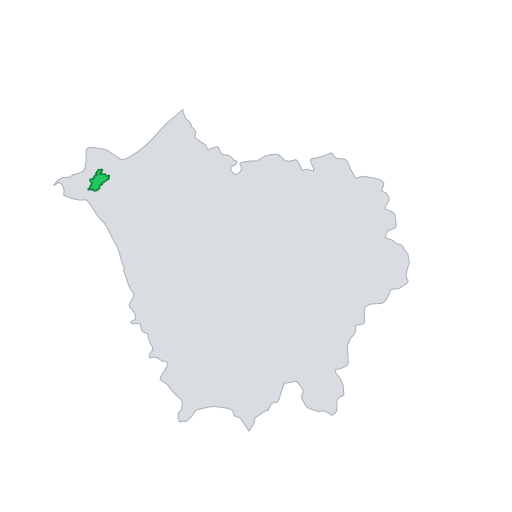 Zhabinka, Brest, Belarus (highlighted), rotated 61°
{"feature_id": "67162791B54933494059720", "entity_name": "Zhabinka", "entity_type": "district", "adm_level": 2, "iso_a3": "BLR", "parent_name": "Belarus", "parent_adm1": "Brest", "projection": "albers", "projection_center": [24.06, 52.177], "detail": "fine", "context": "in_parent", "style": "filled", "palette": "green", "viewbox_px": 512, "rotation_deg": 61, "n_neighbors": 0, "source": "geoboundaries", "source_scale": "gbopen_adm2", "svg_char_len": 7153}
<svg xmlns="http://www.w3.org/2000/svg" viewBox="0 0 512 512"><g transform="rotate(61 256 256)"><path d="M405.6,347.2L398.4,347.5L389.8,348.5L385.3,352.4L379.9,351.3L376.3,353.5L368.6,363.6L365.7,368.9L363.3,376.9L361.8,382.8L363.2,386.7L365.2,390.3L365.9,394.2L367.0,397.3L365.1,399.8L364.1,403.2L360.4,402.9L355.6,400.2L354.3,395.7L350.6,392.8L348.2,391.3L344.5,391.4L338.6,393.4L330.9,395.1L325.1,395.9L322.0,397.7L317.4,399.7L315.4,397.9L312.4,392.9L309.9,387.9L308.2,385.8L306.9,385.2L305.3,385.5L303.6,387.2L302.4,389.0L297.6,391.3L295.5,393.3L293.5,398.2L291.9,397.9L290.2,396.9L288.0,391.8L285.3,390.7L281.2,390.9L276.0,390.0L271.8,388.7L270.3,389.1L268.0,391.5L265.3,392.0L259.4,390.3L258.3,391.3L255.2,397.3L253.6,397.7L252.7,397.0L252.9,391.9L249.5,390.2L243.7,390.2L239.7,391.2L237.8,391.1L236.7,390.1L231.4,381.8L228.8,381.3L224.2,381.9L217.3,381.2L209.3,379.5L205.0,379.0L202.6,377.1L197.8,376.6L184.6,373.4L179.3,372.9L171.5,373.0L159.5,372.4L151.9,373.0L148.3,374.2L144.2,375.0L130.1,376.1L125.0,377.1L123.6,378.9L121.9,382.8L116.0,389.7L110.3,394.2L109.3,394.6L106.0,392.2L103.2,391.4L99.9,391.1L97.6,391.8L96.1,393.0L96.3,398.2L96.0,398.7L93.5,392.4L93.7,386.8L95.2,383.6L96.9,380.7L96.2,376.3L97.9,370.6L98.0,366.4L97.3,364.6L95.9,362.5L92.3,360.2L90.7,358.4L85.7,355.9L80.8,352.8L80.0,351.0L80.2,349.7L81.1,347.8L84.9,342.3L89.1,336.9L91.7,334.7L105.4,327.8L107.5,325.4L108.1,321.3L107.9,313.0L107.0,305.4L106.0,300.1L103.5,290.3L96.6,270.0L92.5,248.9L95.2,250.2L101.6,250.7L106.6,249.2L109.3,249.0L111.6,249.5L118.3,248.3L119.9,250.2L122.9,251.9L128.7,249.4L133.9,246.4L139.2,246.7L140.0,245.2L141.2,237.8L142.8,236.1L149.2,236.8L151.6,235.4L154.0,231.7L157.7,229.4L160.9,229.3L164.1,226.7L165.7,228.4L166.6,231.4L165.5,233.9L166.0,234.9L168.3,236.0L172.2,235.9L174.7,234.8L175.2,233.4L175.2,230.9L174.5,228.5L172.8,226.5L169.7,225.5L167.5,225.5L167.1,224.2L167.8,221.4L169.6,216.2L171.8,211.5L173.2,209.7L173.4,208.1L173.1,205.3L172.9,200.2L174.8,193.0L177.5,187.7L181.2,185.8L185.7,184.8L188.6,182.2L189.9,179.2L191.0,174.6L192.5,173.6L203.4,173.9L204.9,169.2L205.8,167.9L207.9,166.5L209.3,164.8L208.7,163.6L205.9,162.9L199.3,162.4L197.9,160.9L198.3,159.1L199.9,154.3L201.3,148.2L202.0,143.5L202.0,140.7L202.9,139.9L208.2,138.9L209.9,137.9L214.2,131.3L217.6,130.1L226.6,131.3L230.7,131.0L235.9,131.2L236.4,130.5L237.9,124.1L246.2,113.5L250.7,109.8L253.6,108.8L254.6,109.0L259.6,114.0L260.8,114.2L263.8,111.7L269.2,111.2L271.8,112.9L275.8,119.3L277.7,119.9L282.8,115.9L285.6,114.5L287.5,114.4L297.8,118.8L298.7,120.3L298.9,122.3L297.8,128.3L300.1,131.8L302.7,134.1L307.6,129.6L309.4,128.4L311.4,128.2L314.1,126.4L315.9,124.0L317.8,123.0L321.5,123.3L328.0,122.2L336.1,125.1L336.8,126.1L341.1,130.0L342.6,132.0L344.0,132.5L346.2,134.4L349.1,135.4L351.0,134.8L352.0,135.4L353.0,137.0L353.3,139.7L353.8,147.6L351.4,152.0L351.1,153.5L351.4,155.2L354.0,158.4L357.3,163.4L358.3,166.4L358.5,168.7L355.2,175.8L354.1,177.5L353.5,180.9L353.3,184.3L353.7,185.7L360.8,190.4L366.0,192.9L367.2,194.2L367.4,195.1L365.4,201.1L365.3,202.7L369.4,204.7L372.0,208.2L374.5,214.2L378.9,219.7L393.8,226.9L395.2,228.3L395.8,230.1L395.8,234.2L394.0,242.1L396.6,243.0L402.8,242.0L410.4,242.1L420.1,246.5L420.4,248.9L419.8,251.2L420.7,253.5L421.9,255.4L430.5,260.5L431.5,262.2L432.0,265.1L432.0,267.3L429.9,268.0L427.5,269.3L423.9,272.4L422.7,276.2L416.8,282.0L413.1,284.7L409.9,285.2L402.2,285.0L399.2,282.8L397.9,280.6L394.8,279.9L391.0,280.2L385.7,281.1L384.6,282.0L384.0,284.9L382.2,289.9L380.9,292.8L388.7,301.6L392.5,305.2L393.9,307.5L394.0,309.2L392.6,311.4L393.2,315.4L397.1,320.4L396.1,321.3L396.4,327.9L397.2,334.9L398.3,336.5L400.2,337.7L402.0,340.1L405.2,345.7L405.6,347.2Z" fill="#d9dde1" stroke="#a8b0b8" stroke-width="1"/><path d="M114.8,367.5L115.0,367.8L115.2,368.0L115.4,368.2L115.6,368.4L115.8,368.7L115.9,368.8L115.9,369.1L116.0,369.3L116.0,369.6L116.0,369.8L116.1,370.1L116.2,370.3L116.4,370.5L116.6,370.6L116.8,370.5L117.0,370.4L117.0,370.1L116.9,370.0L116.8,369.8L116.6,369.6L116.6,369.4L116.6,369.1L116.8,368.9L117.2,368.6L117.5,368.6L117.9,368.5L118.0,368.4L118.0,368.2L117.8,368.1L117.7,368.0L117.6,367.9L117.6,367.7L117.6,367.4L117.8,367.1L118.1,366.9L118.4,366.8L118.5,366.8L118.9,366.9L119.2,367.0L119.4,366.8L119.4,366.6L119.6,366.5L119.7,366.4L119.8,366.2L119.9,365.9L120.1,365.9L120.3,365.8L120.6,365.8L120.8,365.7L121.1,365.3L121.1,365.0L121.1,364.7L121.2,364.3L121.3,364.2L121.5,363.9L121.5,363.6L121.4,363.4L121.1,363.2L120.9,363.0L120.9,362.8L121.1,362.6L121.4,362.4L121.5,362.2L121.4,361.9L121.2,361.8L121.1,361.6L120.9,361.4L121.0,361.0L121.1,360.8L121.1,360.4L121.0,360.2L120.9,360.0L120.9,359.8L120.7,359.7L120.0,359.6L119.8,359.6L119.6,359.3L119.2,359.0L119.0,358.8L118.9,358.6L118.7,358.3L118.4,358.1L118.4,357.8L118.5,357.4L118.7,357.1L118.8,357.0L119.0,356.8L119.0,356.7L119.0,356.4L119.1,356.2L118.9,355.8L118.7,355.7L118.4,355.7L118.2,355.7L117.9,355.4L117.9,355.1L117.8,354.9L117.7,354.3L117.6,352.8L117.5,351.8L117.5,351.0L117.5,350.7L117.5,350.4L117.4,350.1L117.3,349.7L117.3,349.4L117.3,349.1L117.3,348.9L117.1,348.8L117.1,348.6L117.1,348.4L117.2,348.2L117.4,348.0L117.4,347.6L117.3,347.4L117.1,347.3L116.9,347.1L116.5,346.7L116.3,346.5L115.8,346.5L115.5,346.4L115.3,346.3L115.1,346.2L115.0,345.8L115.0,345.6L114.7,345.4L114.2,345.5L114.0,346.0L113.9,346.1L113.7,346.3L113.8,346.5L114.0,346.8L114.1,347.0L114.0,347.4L114.0,347.7L113.7,348.0L113.3,348.2L113.0,348.2L112.6,348.3L112.3,348.3L112.0,348.2L111.9,348.2L111.7,348.0L111.4,348.0L111.2,348.1L111.1,348.3L110.9,348.6L110.8,348.9L110.5,349.4L110.3,349.7L110.1,350.0L109.7,350.5L109.3,350.9L109.2,351.0L108.8,351.3L108.8,351.7L108.9,352.0L109.0,352.2L109.0,352.5L108.8,352.5L108.5,352.5L108.3,352.5L108.1,352.3L107.8,352.1L107.5,351.7L107.4,351.5L107.4,351.3L107.4,351.0L107.4,350.8L107.4,350.3L107.2,349.9L107.0,349.7L106.8,349.4L106.8,349.0L106.5,348.8L106.4,348.7L106.2,348.5L105.9,348.5L105.6,348.8L105.3,349.1L105.2,349.5L105.2,349.8L105.2,350.1L105.2,350.4L104.9,350.7L104.7,350.9L104.5,351.1L104.4,351.4L104.3,351.7L104.3,352.2L104.3,352.5L104.5,352.9L104.7,353.3L104.8,353.5L105.0,353.8L105.2,354.1L105.4,354.3L105.3,354.5L105.5,354.6L105.8,354.8L105.9,355.0L105.9,355.4L105.9,355.6L106.0,355.8L106.1,356.1L106.3,356.3L106.7,356.4L106.8,356.2L107.0,355.9L107.2,355.6L107.4,355.3L107.5,355.2L107.8,355.3L107.9,355.6L107.9,355.8L107.9,356.0L107.9,356.6L107.8,356.8L107.7,357.1L107.8,357.4L107.7,357.7L107.6,358.0L107.6,358.3L107.7,358.7L107.8,359.0L108.0,359.2L108.2,359.4L108.6,359.4L108.8,359.6L108.8,359.9L108.9,360.1L108.8,360.3L108.9,360.5L109.1,360.5L109.4,360.6L109.5,360.7L109.6,361.0L109.6,361.3L109.6,361.6L109.5,361.9L109.3,362.2L109.1,362.5L109.0,362.8L108.8,363.0L108.7,363.2L108.6,363.4L108.5,363.7L108.6,363.9L108.8,364.1L109.1,364.3L109.5,364.5L109.8,364.6L110.3,364.7L110.5,364.6L110.9,364.5L111.1,364.4L111.5,364.1L111.9,364.0L112.1,364.0L112.3,364.0L112.5,364.2L112.7,364.4L112.7,364.6L112.9,364.8L113.0,365.0L113.4,365.4L113.7,365.3L114.1,365.3L114.5,365.5L114.7,365.8L114.6,366.1L114.5,366.3L114.3,366.4L114.2,366.6L114.2,366.8L114.4,366.9L114.6,367.1L114.8,367.5Z" fill="#22c55e" stroke="#15803d" stroke-width="1.5"/></g></svg>